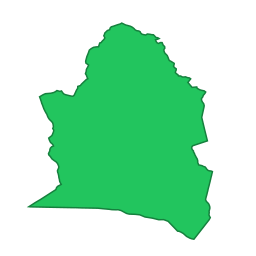 outline of Paulo Afonso, Bahia, Brazil, rotated 276°
{"feature_id": "56859067B73144667932966", "entity_name": "Paulo Afonso", "entity_type": "district", "adm_level": 2, "iso_a3": "BRA", "parent_name": "Brazil", "parent_adm1": "Bahia", "projection": "equal_earth", "projection_center": [-38.262, -9.532], "detail": "fine", "context": "isolated", "style": "filled", "palette": "green", "viewbox_px": 256, "rotation_deg": 276, "n_neighbors": 0, "source": "geoboundaries", "source_scale": "gbopen_adm2", "svg_char_len": 3567}
<svg xmlns="http://www.w3.org/2000/svg" viewBox="0 0 256 256"><g transform="rotate(276 128 128)"><path d="M149.8,36.8L147.8,37.8L146.0,38.6L145.0,39.1L143.8,39.5L142.0,40.5L141.0,41.0L138.5,42.2L136.1,43.7L134.1,45.1L133.0,46.0L131.8,46.5L130.4,47.3L128.9,48.4L127.7,49.7L126.4,51.4L125.1,52.6L123.5,53.2L121.3,53.7L119.6,53.2L118.1,54.4L116.5,54.3L114.0,53.6L112.5,53.1L109.7,50.2L107.9,51.0L106.6,51.8L105.5,52.5L104.6,53.9L103.5,55.1L102.3,55.8L101.3,54.0L99.8,52.9L98.5,52.6L97.0,52.6L95.4,52.0L94.2,51.6L93.0,52.0L92.0,53.2L91.1,54.1L89.4,55.5L88.0,57.8L86.7,60.2L85.3,61.6L83.8,62.5L82.3,63.2L81.0,63.2L79.8,62.8L78.3,62.3L76.8,62.6L75.4,63.3L73.4,64.0L71.3,64.5L69.8,65.1L67.9,65.6L66.6,66.3L64.9,67.5L63.7,65.7L62.6,64.1L61.3,63.2L59.2,62.7L47.7,48.4L45.8,45.8L44.0,43.4L39.4,37.7L39.4,39.4L39.6,41.7L40.7,54.7L42.5,75.6L43.1,82.6L43.3,84.3L43.7,90.2L45.1,106.4L45.1,111.6L45.2,117.6L45.1,120.5L45.4,124.7L45.7,126.7L45.2,129.8L42.9,135.4L42.5,138.1L42.9,144.1L42.9,148.8L41.3,154.1L40.9,161.6L40.0,168.1L40.6,173.1L39.4,177.7L37.6,179.8L36.1,181.6L30.6,188.1L30.6,189.6L30.0,191.5L28.9,194.0L27.6,195.8L26.3,197.6L25.6,199.4L25.0,200.8L24.5,202.8L24.3,205.2L45.1,218.2L47.5,219.2L48.6,218.4L50.0,217.6L51.2,217.6L52.6,217.6L53.9,217.3L55.1,217.6L56.9,217.8L58.4,217.5L59.5,217.0L60.8,216.3L62.1,215.0L62.9,213.9L64.5,212.7L66.0,212.7L67.3,212.9L68.5,213.1L69.6,213.3L71.2,213.5L72.7,213.7L73.8,213.9L75.2,214.0L77.2,214.3L79.0,214.6L80.5,214.8L82.0,215.0L83.2,215.2L84.3,215.3L85.5,215.5L86.6,215.6L88.1,215.8L89.9,216.1L91.2,216.2L92.3,216.4L93.5,216.5L93.9,215.1L93.9,213.3L94.3,211.8L95.2,210.7L96.2,209.9L97.3,208.8L97.7,206.9L98.3,205.5L98.5,203.9L98.6,202.3L99.9,201.5L101.1,200.9L102.6,200.8L104.4,200.1L106.0,198.9L107.4,198.0L108.5,197.2L109.8,196.7L110.7,195.8L112.0,195.5L113.2,194.2L114.5,193.5L116.1,193.5L117.2,194.4L123.5,208.3L127.1,207.0L134.0,204.5L140.8,202.1L145.1,200.6L146.3,200.2L156.9,201.4L158.3,201.4L160.1,200.7L161.6,199.3L163.2,198.3L165.0,198.0L166.5,199.0L168.4,199.5L170.3,200.8L171.9,201.5L172.9,199.9L173.2,197.1L173.5,195.5L174.1,193.9L174.9,192.5L176.0,192.1L175.1,187.5L179.6,182.8L183.4,185.2L184.2,183.9L184.3,181.9L184.9,179.9L184.6,178.5L184.4,176.8L185.2,175.0L185.1,172.7L186.3,172.0L186.9,170.7L188.0,169.3L189.7,169.5L190.8,169.9L192.0,169.7L192.9,167.9L194.3,166.8L195.7,167.2L197.1,167.2L198.2,165.0L198.9,163.5L199.4,162.1L200.6,161.3L202.1,160.6L204.1,159.5L205.2,158.3L205.9,157.2L207.0,156.4L208.4,155.7L209.8,155.5L211.2,156.3L212.9,155.9L214.0,154.4L215.2,153.7L216.5,153.0L216.4,151.3L215.3,149.6L215.7,148.1L217.0,146.9L218.7,146.1L219.4,148.2L220.2,149.6L220.9,148.1L221.0,146.2L222.3,144.9L223.4,143.5L223.3,141.9L223.5,140.1L223.5,137.4L222.3,135.8L222.5,133.8L222.8,132.0L223.8,130.7L225.0,130.0L225.6,128.7L225.7,126.5L226.3,124.9L227.5,123.6L228.6,121.9L229.4,119.9L229.9,117.1L230.2,114.9L231.7,110.8L230.7,109.5L229.6,106.8L227.7,102.8L226.9,100.8L225.6,99.8L223.8,99.5L222.8,97.3L220.0,95.0L218.6,94.8L217.2,94.3L215.2,95.6L213.5,94.8L212.0,93.5L210.1,92.3L209.6,91.0L205.7,90.2L205.3,87.7L204.6,85.2L203.1,83.1L201.4,81.4L198.4,80.7L194.6,79.6L190.0,78.9L188.1,79.4L186.5,82.2L185.3,81.9L181.9,80.5L179.9,80.5L177.5,80.0L176.5,80.9L173.9,82.2L172.8,82.9L172.0,81.6L168.6,78.7L166.7,77.1L165.2,76.2L164.1,73.7L162.2,73.8L160.3,72.8L158.7,72.3L156.6,71.6L154.7,70.9L153.8,69.8L153.8,68.2L154.3,64.5L154.6,62.3L155.1,60.7L156.2,59.4L157.9,58.0L157.3,56.4L157.8,53.4L156.6,52.1L155.5,50.4L154.5,47.6L153.5,42.3L152.3,40.2L149.8,36.8Z" fill="#22c55e" stroke="#15803d" stroke-width="1.5"/></g></svg>